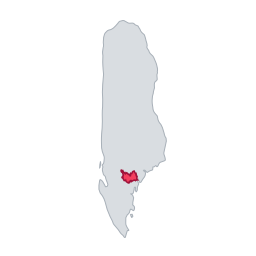 Port-Berge (Boriziny-Vaovao), Sofia, Madagascar (highlighted), rotated 167°
{"feature_id": "10022922B55197674782137", "entity_name": "Port-Berge (Boriziny-Vaovao)", "entity_type": "district", "adm_level": 2, "iso_a3": "MDG", "parent_name": "Madagascar", "parent_adm1": "Sofia", "projection": "equal_earth", "projection_center": [47.778, -15.801], "detail": "fine", "context": "in_parent", "style": "filled", "palette": "rose", "viewbox_px": 256, "rotation_deg": 167, "n_neighbors": 0, "source": "geoboundaries", "source_scale": "gbopen_adm2", "svg_char_len": 6127}
<svg xmlns="http://www.w3.org/2000/svg" viewBox="0 0 256 256"><g transform="rotate(167 128 128)"><path d="M159.1,27.8L159.7,29.4L160.3,31.0L162.3,34.9L163.1,36.4L163.8,38.0L164.2,41.1L165.4,46.0L166.6,53.4L166.9,61.0L167.3,64.4L168.2,67.7L169.7,71.0L170.1,74.8L169.2,78.7L167.8,82.3L167.5,83.0L166.9,83.9L166.6,83.9L165.5,82.9L164.7,81.4L163.6,77.8L163.2,75.9L162.7,75.7L161.4,75.8L160.5,77.0L160.3,77.7L160.5,79.7L160.8,81.6L161.0,83.4L161.0,85.8L161.4,86.5L161.9,87.1L162.4,88.6L162.5,92.2L162.1,94.1L161.2,95.7L161.3,96.6L161.6,97.4L161.3,98.0L160.1,98.7L159.6,99.3L158.9,100.9L157.8,104.2L157.7,105.8L158.3,110.9L158.2,114.6L156.8,121.4L156.0,124.7L154.9,128.6L153.2,133.8L151.5,140.2L150.1,146.8L149.1,150.8L147.9,154.7L146.2,161.6L144.9,168.6L142.8,176.3L140.0,184.9L139.7,186.0L139.1,190.4L138.5,194.2L137.8,197.9L136.2,204.1L136.0,206.0L135.7,207.8L134.2,211.7L133.5,213.1L133.1,214.6L132.9,216.6L132.4,218.4L131.3,221.9L129.7,224.8L128.6,225.9L126.2,227.4L125.0,227.7L122.3,227.8L119.7,228.7L116.9,230.4L114.3,232.3L113.3,233.2L112.2,233.8L108.8,233.9L107.7,233.5L104.2,230.3L102.9,229.7L100.4,229.3L99.6,229.0L98.9,228.6L97.8,226.9L95.8,225.5L95.3,225.1L95.0,224.1L94.7,223.0L94.2,221.8L93.8,219.6L93.1,218.0L91.2,215.3L91.0,214.4L90.8,211.4L90.8,209.4L90.6,205.8L90.8,204.0L91.5,202.5L91.2,200.8L90.4,199.0L90.2,197.2L89.6,195.5L87.6,192.5L87.1,191.0L86.8,189.5L86.0,184.7L85.9,183.1L85.9,179.5L86.2,177.7L86.7,176.5L86.8,175.5L87.1,174.7L87.5,174.0L87.9,173.3L88.6,168.8L89.5,167.7L90.9,167.2L92.0,166.0L92.6,164.4L93.2,161.1L95.0,157.8L95.6,156.1L97.0,153.5L98.2,149.8L98.6,148.1L98.9,146.3L99.2,142.5L99.4,140.5L99.3,138.6L98.6,136.6L96.8,133.1L96.8,132.4L96.9,129.7L96.7,127.8L96.1,125.9L95.2,124.1L94.4,120.7L94.0,115.1L94.0,113.1L93.8,111.3L93.2,109.6L93.6,106.6L98.7,95.7L98.9,94.4L98.6,91.1L98.7,89.1L98.9,88.4L99.3,88.0L100.2,87.8L104.4,87.3L105.0,87.0L106.0,86.1L107.4,84.3L108.1,83.8L108.7,83.9L109.0,84.7L109.5,85.1L111.2,84.3L111.9,84.3L112.5,84.4L112.8,83.7L113.0,82.7L113.3,82.0L113.7,81.6L115.9,81.4L117.3,81.1L119.1,80.4L119.5,80.5L121.0,83.0L121.4,83.2L122.0,83.4L122.5,82.9L121.3,81.6L121.1,80.8L121.1,80.0L121.8,78.2L122.8,76.8L125.2,74.7L127.6,72.3L128.3,72.2L128.9,72.5L129.4,75.4L129.4,75.9L129.7,75.9L130.2,75.6L130.6,74.4L130.6,73.5L130.3,72.6L130.1,71.8L130.1,71.1L131.4,69.4L132.3,67.8L132.8,65.8L133.2,65.0L134.2,64.0L134.5,64.1L134.7,64.9L134.9,65.8L134.6,66.6L134.2,67.5L134.1,68.6L134.7,68.8L135.2,68.6L136.0,66.5L136.9,64.6L137.5,63.6L138.2,62.9L139.3,63.0L140.4,63.5L138.6,61.4L138.2,58.7L140.3,53.8L140.3,52.8L140.6,52.5L140.8,52.1L139.7,50.5L139.5,49.7L139.6,48.5L140.1,47.4L140.6,46.6L141.3,46.3L141.9,46.8L143.1,48.1L143.9,48.3L144.8,47.0L145.6,45.4L146.8,44.3L148.2,43.6L150.3,41.1L151.6,35.8L151.8,34.3L151.5,32.4L151.0,30.6L150.2,28.4L150.4,27.9L151.5,28.2L151.9,27.9L153.1,25.9L155.2,22.1L155.9,22.1L156.4,22.8L156.7,23.9L157.1,24.6L158.4,26.4L159.1,27.8ZM144.9,42.6L144.9,43.2L143.4,43.0L143.1,41.0L143.9,40.9L144.0,40.1L144.5,40.0L145.0,41.8L144.9,42.6ZM163.6,98.8L162.3,101.7L162.6,99.3L164.2,95.8L164.6,95.6L163.6,98.8Z" fill="#d9dde1" stroke="#a8b0b8" stroke-width="1"/><path d="M144.2,88.4L144.3,88.2L144.4,87.8L144.4,87.5L144.4,87.2L144.3,86.9L144.2,86.6L144.0,86.3L143.8,86.3L143.7,86.1L143.4,85.6L143.3,85.0L143.3,84.8L143.3,84.7L143.3,84.4L143.3,84.2L143.2,84.0L143.2,83.9L143.2,83.6L143.1,83.4L143.1,83.2L143.4,82.8L143.4,82.7L143.5,82.6L143.6,82.4L143.8,82.4L143.9,82.1L144.0,82.1L144.2,81.9L144.3,81.7L144.5,81.7L144.8,81.6L145.0,81.4L145.0,81.2L144.9,80.9L144.7,80.8L144.7,80.6L144.4,80.5L144.3,80.4L144.1,80.5L144.2,79.8L144.1,79.7L144.0,79.4L144.0,79.2L143.9,79.1L143.8,78.8L143.8,78.7L143.7,78.6L143.6,78.4L143.6,78.1L143.5,77.9L143.6,77.7L143.4,77.6L143.2,77.5L142.9,77.5L142.5,77.5L142.5,77.4L142.4,77.3L142.2,77.3L142.0,77.5L142.0,77.4L142.0,77.2L141.9,77.1L141.9,76.8L141.8,76.5L141.8,76.4L141.7,76.1L141.6,75.9L141.4,75.8L141.3,75.7L141.1,75.4L140.8,75.1L140.6,74.8L140.4,74.7L140.2,74.5L140.0,74.8L139.9,74.8L139.7,74.8L139.6,75.0L139.4,75.0L139.4,74.6L139.3,74.4L139.1,74.3L138.9,74.4L138.7,74.5L138.5,74.8L138.4,74.9L138.3,75.0L138.3,75.3L138.2,75.4L138.2,75.5L137.8,75.6L137.7,75.6L137.5,75.9L137.4,75.8L137.4,75.7L137.2,75.7L137.3,75.9L137.2,75.9L137.1,75.7L137.0,75.9L136.9,75.8L136.7,75.9L136.5,76.0L136.4,76.0L136.3,75.6L136.1,75.3L136.1,75.2L135.9,75.3L135.7,75.6L135.4,75.5L135.0,75.6L134.9,75.6L134.5,75.7L134.4,75.8L134.0,75.6L133.9,75.6L133.6,75.7L133.4,75.8L133.0,75.7L132.9,75.5L132.6,75.5L132.4,75.3L132.4,75.2L132.2,75.3L132.0,75.2L131.9,75.2L131.7,75.3L131.4,75.5L131.2,75.5L131.1,75.4L130.7,75.4L130.4,75.3L130.6,75.8L130.8,76.2L130.8,76.3L130.8,76.5L130.7,76.7L130.7,76.8L130.7,77.1L130.6,77.3L130.5,77.5L130.4,77.9L130.3,78.2L130.4,78.4L130.2,78.6L130.3,78.7L130.2,78.8L130.2,79.0L130.3,79.0L130.5,79.3L130.5,79.5L130.4,79.5L130.5,79.7L130.5,79.8L130.6,80.0L130.8,80.5L130.6,80.8L130.6,80.7L130.5,80.8L130.4,80.9L130.3,81.0L130.3,81.3L130.5,81.4L130.7,81.5L130.7,81.8L130.8,81.9L130.8,82.1L131.0,82.3L131.2,82.5L131.2,82.8L131.3,83.0L131.4,83.3L131.5,83.7L131.5,83.8L131.5,84.0L131.6,84.3L131.6,84.6L132.0,84.6L132.3,84.7L132.7,84.6L132.8,84.4L133.0,84.4L133.3,84.3L133.6,84.1L133.8,83.9L133.9,83.7L134.0,83.5L134.1,83.4L134.3,83.2L134.5,82.8L134.6,82.7L134.8,82.8L135.0,82.7L135.4,82.9L135.5,82.9L135.6,83.1L135.8,82.8L135.9,82.5L136.1,82.3L136.1,82.2L136.2,81.9L136.2,81.7L136.2,81.4L136.3,81.3L136.2,81.2L136.3,81.0L136.5,81.2L136.8,81.1L136.9,81.5L136.9,81.8L137.0,82.0L137.0,82.4L137.0,82.5L137.3,82.5L137.4,82.4L137.5,82.3L137.7,82.5L137.8,82.5L138.0,82.8L138.1,83.1L138.4,83.2L138.4,83.3L138.5,83.4L138.6,83.5L138.6,83.8L138.7,84.0L138.8,84.0L139.0,84.0L139.2,84.4L139.2,84.5L139.3,84.6L139.5,84.4L139.8,84.4L140.0,84.3L140.3,84.4L140.5,84.4L140.5,84.5L140.6,84.4L140.6,84.5L140.8,84.5L141.0,84.6L141.3,84.5L141.4,85.0L141.6,85.2L141.6,85.4L141.8,85.6L142.0,85.8L142.2,86.0L142.3,86.1L142.3,86.3L142.4,86.7L142.5,86.5L142.7,87.0L142.8,87.0L143.0,87.2L143.1,87.5L143.3,87.7L143.3,87.8L143.4,88.1L143.5,88.3L143.8,88.4L143.9,88.5L144.0,88.5L144.1,88.4L144.2,88.4Z" fill="#f43f5e" stroke="#9f1239" stroke-width="1.5"/></g></svg>